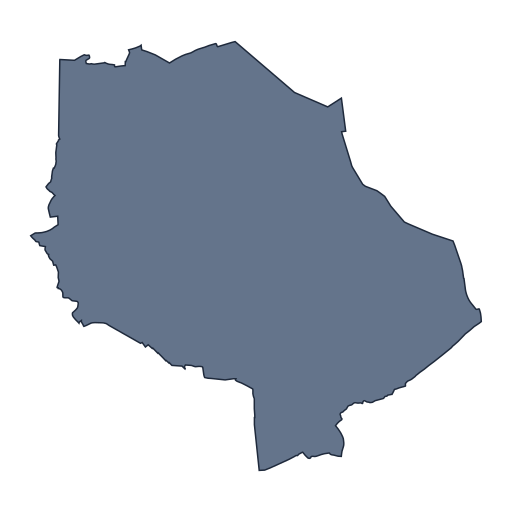 the district of Sapphaya, Chai Nat, Thailand
{"feature_id": "78962969B57770947463323", "entity_name": "Sapphaya", "entity_type": "district", "adm_level": 2, "iso_a3": "THA", "parent_name": "Thailand", "parent_adm1": "Chai Nat", "projection": "mercator", "projection_center": [100.242, 15.145], "detail": "fine", "context": "isolated", "style": "filled", "palette": "slate", "viewbox_px": 512, "rotation_deg": 0, "n_neighbors": 0, "source": "geoboundaries", "source_scale": "gbopen_adm2", "svg_char_len": 5839}
<svg xmlns="http://www.w3.org/2000/svg" viewBox="0 0 512 512"><path d="M481.3,321.6L481.0,316.9L480.6,313.9L480.4,312.8L479.3,309.1L479.0,308.9L478.8,308.9L476.8,309.4L476.4,309.3L476.0,309.2L475.8,309.0L474.2,307.0L471.2,303.3L470.0,301.7L468.9,299.9L467.9,297.9L466.7,294.9L465.9,292.1L465.5,290.2L464.0,278.6L463.8,278.6L463.7,278.5L463.6,278.2L462.6,270.8L461.9,267.4L461.6,265.8L460.9,263.4L454.7,245.3L453.0,241.0L432.4,234.2L408.3,223.9L404.3,222.0L390.8,206.2L384.7,196.4L380.3,193.1L376.9,190.7L365.4,186.3L362.7,184.3L352.5,167.4L351.7,165.7L350.6,161.7L342.1,134.0L341.6,131.7L345.7,131.2L341.4,98.1L327.7,106.9L294.5,92.5L235.1,41.6L231.9,42.4L217.8,46.7L217.3,46.4L217.0,45.8L216.4,44.1L216.0,43.7L215.6,43.6L209.1,45.5L205.0,47.1L198.2,49.2L195.2,50.5L193.1,51.7L190.8,52.9L185.7,54.4L182.2,55.8L175.6,59.2L169.5,63.0L155.3,54.9L152.8,53.9L147.0,51.6L143.3,50.4L141.9,50.0L141.7,49.4L141.5,48.4L141.1,45.2L140.4,45.8L139.7,46.2L135.6,47.9L131.9,49.0L128.6,49.8L129.4,51.9L129.6,52.8L129.2,54.0L126.9,59.0L125.7,61.8L125.3,61.7L125.2,65.6L121.0,66.0L116.2,66.7L115.1,66.8L114.8,66.7L114.6,66.4L114.5,64.9L112.1,64.5L110.7,64.4L108.9,64.2L107.4,63.7L106.1,63.2L105.5,62.9L104.8,62.5L104.5,62.8L94.2,64.2L92.7,64.0L91.2,63.7L90.0,64.0L89.4,64.0L88.5,63.9L86.3,63.5L85.8,61.5L85.9,60.7L86.1,60.3L86.6,60.0L89.1,58.5L89.4,58.1L89.6,57.8L89.6,57.3L89.4,56.0L88.9,55.1L86.7,55.4L85.5,55.2L84.5,54.8L84.0,54.9L80.8,56.5L74.5,60.3L59.9,59.5L59.8,59.9L58.6,135.5L58.8,136.5L59.3,138.0L59.8,139.1L58.5,140.0L58.4,140.7L58.2,141.1L56.5,143.7L56.4,144.0L56.5,144.3L56.8,144.8L56.2,149.6L55.9,151.7L55.8,152.8L56.0,157.8L55.9,159.1L56.2,161.3L56.0,162.3L55.8,164.2L55.0,166.4L54.6,167.1L54.2,168.1L53.7,168.0L53.4,168.1L52.4,171.1L52.2,172.9L51.6,177.1L51.8,178.1L51.4,179.2L50.6,181.8L49.9,182.5L48.7,183.4L47.8,184.5L47.3,185.2L46.5,186.2L46.0,186.9L47.1,188.7L47.9,189.5L48.8,190.2L49.9,191.4L52.0,192.4L53.8,194.4L55.0,195.5L53.7,196.8L52.1,198.7L51.2,200.1L48.9,204.9L48.6,206.0L48.3,207.1L48.3,207.9L48.3,208.7L49.3,213.1L50.3,217.1L57.7,216.2L58.1,224.7L54.3,227.1L52.4,228.6L50.1,230.0L46.8,231.4L44.6,232.0L41.9,232.6L38.7,232.9L35.2,233.0L30.7,235.7L31.2,236.4L32.6,238.0L34.9,240.1L35.8,241.4L36.2,241.6L37.4,241.8L38.5,242.0L38.9,242.3L39.2,243.7L39.6,245.0L39.8,245.6L45.4,246.6L45.0,249.1L45.1,250.1L47.1,253.5L47.8,254.1L48.7,254.4L48.4,255.2L48.5,255.6L48.8,256.7L49.6,258.1L49.8,258.6L50.1,258.9L51.2,259.9L52.3,260.9L52.6,261.2L53.7,265.2L53.9,265.2L55.5,264.9L55.8,265.0L56.8,267.3L58.4,272.0L58.4,272.3L58.2,277.6L59.0,281.1L58.9,281.7L57.1,287.1L57.1,287.5L58.2,287.7L58.2,288.5L59.0,288.6L60.2,289.1L60.9,289.6L61.6,290.4L62.4,291.8L62.8,292.9L62.9,296.5L63.0,297.0L63.2,297.3L63.5,297.5L64.3,297.7L65.4,297.8L67.6,297.8L68.5,297.9L69.3,298.4L71.8,300.5L72.1,300.7L72.7,300.8L75.9,301.2L76.7,301.3L77.4,301.6L78.0,302.3L78.2,302.9L78.2,303.7L77.8,306.6L77.4,307.8L77.0,308.4L75.5,310.1L72.6,312.7L72.4,313.3L72.4,314.4L72.6,315.6L72.9,316.1L73.5,317.2L75.6,319.7L78.7,322.8L79.0,323.2L79.3,322.2L79.5,321.9L81.4,320.5L81.4,321.8L81.5,322.1L83.0,324.6L83.5,325.9L83.9,326.4L86.4,325.4L91.1,323.1L92.3,322.8L95.0,322.6L102.1,322.8L103.5,322.9L106.3,323.6L109.3,325.6L140.5,343.3L142.2,342.5L145.4,347.0L148.2,344.8L152.3,348.5L152.8,348.1L157.8,353.2L158.1,352.8L163.2,358.0L165.8,360.8L166.2,360.5L168.9,363.0L169.2,362.6L171.9,365.4L182.0,366.1L185.0,369.0L185.2,368.6L185.1,368.4L184.3,367.0L185.4,365.0L191.1,365.4L191.7,365.5L194.5,366.5L195.4,366.7L198.7,366.4L200.1,366.4L201.6,366.6L202.2,366.8L202.5,367.0L202.8,367.6L203.8,374.8L204.3,376.6L204.7,377.5L207.8,378.2L208.8,378.3L210.7,378.4L225.1,379.9L233.0,378.8L233.8,378.7L235.9,378.8L235.5,379.6L235.4,379.9L235.5,380.1L236.2,380.7L237.1,381.3L240.1,382.5L241.1,382.8L243.5,384.0L247.4,386.0L252.1,388.6L252.7,389.0L252.8,389.3L252.9,390.0L252.9,393.7L253.4,396.2L254.2,398.4L254.3,398.9L254.3,408.8L254.8,415.6L254.8,417.6L254.4,417.6L254.4,424.7L259.2,470.4L264.7,470.1L270.2,467.9L288.9,459.4L294.6,456.4L295.8,455.6L296.2,455.5L297.0,455.6L297.4,455.6L297.7,455.4L298.8,454.2L299.1,454.0L302.3,452.3L302.5,452.2L302.8,452.3L305.2,455.3L306.8,456.9L307.6,457.7L308.1,458.1L308.5,458.2L309.0,458.3L309.9,458.3L310.3,458.0L310.6,457.8L311.1,456.7L311.7,456.4L312.6,456.3L314.8,456.5L315.6,456.4L316.8,456.1L321.4,454.5L324.4,453.7L329.2,453.0L329.5,453.1L330.1,454.0L330.7,454.4L331.2,454.6L331.8,454.8L333.8,455.1L338.1,456.2L341.3,456.4L341.6,453.7L342.0,451.2L343.4,446.6L343.7,445.3L343.8,444.1L343.8,442.9L343.5,440.0L343.3,438.6L342.7,436.9L341.4,434.2L340.6,432.7L338.3,429.2L335.5,425.7L337.4,423.3L338.8,421.9L339.6,421.2L341.2,420.1L341.6,419.8L341.8,419.5L341.9,419.2L341.9,418.7L341.0,417.6L340.9,417.3L340.7,415.9L340.1,414.5L340.1,414.1L340.2,413.8L340.6,413.1L341.3,412.5L342.8,412.0L344.3,410.5L345.4,409.7L346.2,409.1L346.5,408.8L347.8,406.4L348.1,406.1L348.6,405.8L349.5,405.4L350.9,405.1L351.7,404.8L352.4,404.3L353.1,403.6L354.0,403.0L354.8,402.7L355.2,402.7L357.9,403.1L360.7,402.9L361.0,402.9L362.1,403.5L362.4,403.5L362.6,403.4L362.8,402.4L363.0,401.8L363.3,401.3L363.7,400.9L364.2,400.7L364.8,400.8L366.8,401.9L367.3,402.0L368.9,402.2L369.9,402.6L371.9,402.4L372.6,402.2L375.1,400.7L383.3,398.5L383.8,398.1L384.9,396.5L385.3,396.4L386.5,396.2L387.0,396.0L387.3,395.8L387.7,395.2L388.0,395.1L391.1,394.5L391.6,394.3L391.8,394.4L392.0,394.4L393.6,391.3L394.3,389.7L394.5,389.4L396.5,388.9L399.0,387.9L401.1,387.3L403.4,386.7L405.4,386.1L405.5,385.9L405.4,384.2L405.4,383.7L406.0,382.8L407.1,381.6L407.9,381.0L410.4,379.9L411.9,379.0L415.1,376.5L416.0,375.4L417.6,374.2L419.9,372.3L422.6,370.4L424.4,369.1L428.8,365.5L434.3,361.4L443.2,354.3L444.2,353.5L451.1,347.9L451.7,347.3L452.4,346.3L454.5,344.6L458.1,341.4L465.3,333.9L469.8,330.4L474.1,326.6L479.1,323.3L481.3,321.6Z" fill="#64748b" stroke="#1e293b" stroke-width="1.5"/></svg>